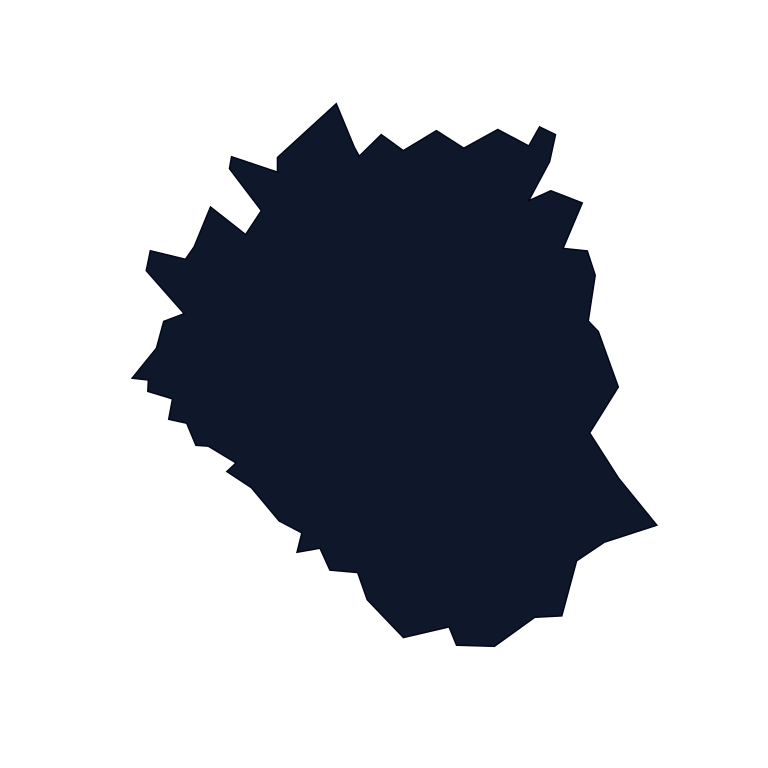 Madison, Kentucky, United States of America (Equal Earth projection), rotated 344°
{"feature_id": "52423323B91940214959831", "entity_name": "Madison", "entity_type": "district", "adm_level": 2, "iso_a3": "USA", "parent_name": "United States of America", "parent_adm1": "Kentucky", "projection": "equal_earth", "projection_center": [-84.298, 37.716], "detail": "fine", "context": "isolated", "style": "filled", "palette": "ink", "viewbox_px": 768, "rotation_deg": 344, "n_neighbors": 0, "source": "geoboundaries", "source_scale": "gbopen_adm2", "svg_char_len": 951}
<svg xmlns="http://www.w3.org/2000/svg" viewBox="0 0 768 768"><g transform="rotate(344 384 384)"><path d="M617.6,191.6L604.4,179.7L588.8,195.1L563.5,170.7L525.7,179.3L504.2,154.9L466.9,165.0L450.1,143.5L423.0,158.2L420.7,148.1L415.4,101.4L344.0,136.9L340.0,151.0L300.1,123.5L294.8,134.4L313.9,183.6L292.1,202.2L266.0,166.0L239.3,199.8L227.5,209.4L196.1,191.5L186.7,209.5L211.3,261.3L189.5,263.1L175.1,286.9L143.5,309.0L158.6,315.2L154.9,326.0L176.6,340.0L167.3,358.6L183.5,367.3L186.3,391.1L197.9,395.3L220.0,419.1L208.8,424.8L227.9,447.1L245.5,486.8L264.0,504.5L254.0,521.8L277.2,524.2L280.7,548.0L306.7,558.0L308.4,586.7L332.8,633.1L379.6,635.4L381.7,655.1L417.8,666.6L464.6,649.8L491.0,655.9L520.4,607.1L552.2,596.8L607.3,594.9L583.6,539.4L568.2,487.7L608.4,451.5L604.5,392.7L597.7,379.7L617.0,337.7L616.1,312.1L593.5,303.0L624.5,264.6L597.6,244.2L573.6,247.7L604.5,215.9L617.6,191.6Z" fill="#0f172a" stroke="#020617" stroke-width="1.5"/></g></svg>